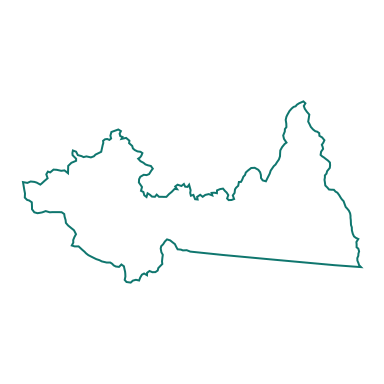 the district of Diorama, Goiás, Brazil
{"feature_id": "56859067B93328586623041", "entity_name": "Diorama", "entity_type": "district", "adm_level": 2, "iso_a3": "BRA", "parent_name": "Brazil", "parent_adm1": "Goiás", "projection": "orthographic", "projection_center": [-51.364, -16.2], "detail": "fine", "context": "isolated", "style": "outline", "palette": "teal", "viewbox_px": 384, "rotation_deg": 0, "n_neighbors": 0, "source": "geoboundaries", "source_scale": "gbopen_adm2", "svg_char_len": 4113}
<svg xmlns="http://www.w3.org/2000/svg" viewBox="0 0 384 384"><path d="M147.0,275.2L147.1,272.8L149.5,271.0L152.4,272.2L155.4,272.1L157.7,270.5L158.3,268.1L160.3,266.0L162.3,264.0L162.0,261.3L162.4,257.7L162.8,254.8L161.4,252.3L160.7,248.6L161.2,246.2L163.1,244.3L164.9,241.5L167.0,239.4L170.2,240.4L172.3,242.1L174.9,244.1L176.3,247.0L177.6,249.3L180.9,249.6L182.9,250.4L186.7,250.2L190.3,251.6L223.2,255.0L278.5,260.1L334.8,265.2L361.0,267.1L359.1,265.2L358.4,263.0L357.4,260.6L357.3,258.1L358.3,255.8L358.4,253.7L359.1,251.4L358.3,248.6L356.6,247.3L356.6,244.3L356.4,242.0L358.3,239.0L355.8,237.8L354.0,236.4L352.8,233.8L351.9,230.4L351.8,227.3L351.0,225.0L350.9,222.8L350.8,220.1L350.5,217.8L350.5,215.7L350.1,213.3L348.9,210.7L347.2,208.6L345.7,207.0L344.8,204.6L343.6,201.2L341.9,199.4L340.7,197.7L339.3,195.3L337.4,192.7L335.5,191.6L333.9,189.8L331.2,189.7L329.0,189.5L327.5,187.7L325.3,185.5L324.9,182.3L324.5,179.8L324.9,177.5L324.9,175.4L326.5,173.6L327.1,171.2L329.8,167.9L330.1,165.2L329.9,162.5L327.9,160.5L325.6,158.8L324.0,157.5L322.1,156.3L320.6,154.9L321.1,151.7L323.1,148.9L322.6,146.7L321.8,144.8L323.3,142.7L324.4,140.2L322.1,137.4L319.4,135.8L319.2,133.1L317.2,131.7L315.3,131.2L313.1,129.5L310.8,126.9L309.6,124.3L308.2,121.6L308.8,118.0L309.3,114.6L306.8,111.7L304.8,108.8L303.8,106.0L305.4,103.3L303.4,101.4L299.1,103.3L296.9,104.7L295.6,106.3L293.6,106.9L291.7,108.5L289.5,111.0L287.4,114.7L286.4,116.8L285.7,119.9L286.3,123.6L286.4,127.1L284.9,129.1L284.8,131.5L283.2,135.5L284.0,138.9L286.5,142.6L284.6,144.0L282.1,147.1L280.3,150.4L280.1,153.4L280.0,156.3L278.9,159.5L277.0,162.2L275.5,164.6L273.8,166.1L270.7,170.6L269.7,173.7L267.6,177.8L265.9,181.3L262.7,180.4L261.0,178.0L260.9,175.0L260.1,172.2L258.3,169.8L254.7,167.8L251.2,168.0L248.0,170.5L245.8,172.5L245.0,175.0L243.4,176.7L242.2,179.7L241.0,181.9L238.9,182.0L238.2,185.8L236.1,187.7L235.0,189.4L234.6,192.9L232.8,195.4L234.1,199.0L231.5,200.0L228.7,200.1L227.1,198.5L228.3,195.1L226.6,192.5L225.0,191.0L223.0,188.6L220.1,189.1L217.0,190.4L216.9,193.2L214.3,192.7L211.6,192.9L212.3,195.4L208.8,194.1L205.3,194.9L202.7,196.8L200.2,194.8L197.1,196.9L197.6,199.5L195.1,199.2L193.4,194.9L190.9,195.7L190.2,192.9L190.6,190.2L189.1,184.7L187.5,186.9L185.2,186.7L183.9,184.0L181.4,186.0L177.6,184.7L175.2,186.5L177.1,189.2L174.6,188.9L171.7,191.9L169.0,194.1L166.4,196.9L164.3,196.9L162.0,196.8L159.0,196.8L156.7,194.6L154.9,196.8L152.0,196.6L150.0,194.8L147.6,193.3L146.5,197.0L144.3,195.3L143.4,192.0L141.0,190.8L142.0,187.0L140.5,184.8L138.9,182.5L139.1,179.2L140.3,176.8L143.7,174.8L146.6,175.1L149.1,174.1L151.3,170.6L152.8,168.7L150.9,166.0L147.9,165.3L145.4,164.4L143.5,162.8L140.5,161.2L138.2,158.7L140.1,157.4L141.4,155.6L142.4,153.1L140.5,151.8L137.5,151.4L134.7,150.0L132.9,148.4L132.2,145.9L129.1,143.2L129.4,140.7L126.1,137.9L121.5,138.9L122.5,137.0L120.3,136.1L119.6,133.7L120.9,131.1L118.3,129.5L111.4,132.0L110.4,135.7L111.1,138.5L109.4,139.9L107.2,139.0L105.0,139.3L103.1,140.8L103.3,143.0L102.7,145.0L101.2,151.8L99.2,152.8L95.5,154.6L93.9,156.3L90.9,157.4L86.4,156.4L83.6,157.1L81.5,156.1L77.8,155.1L76.1,151.7L72.9,150.5L72.4,153.1L72.6,155.2L76.1,158.7L76.1,160.8L71.4,162.8L68.2,165.9L68.0,173.2L64.5,170.4L61.2,170.8L56.7,169.8L53.5,169.6L50.2,172.4L47.9,171.6L46.3,174.3L47.6,178.3L44.5,180.9L41.9,183.3L40.3,184.6L36.7,182.6L34.4,181.9L30.6,181.5L27.4,182.9L23.0,182.1L24.3,189.9L25.0,193.5L24.8,197.6L27.1,199.9L29.2,200.5L31.8,202.3L32.0,206.6L32.0,209.2L34.3,212.3L37.5,213.2L40.0,212.8L42.1,212.4L45.7,211.1L49.8,212.3L52.7,212.1L56.2,212.1L61.6,212.2L64.2,214.0L64.6,216.7L65.6,220.1L65.9,222.9L68.1,225.5L74.0,230.3L76.0,234.2L74.4,237.1L73.2,240.1L73.3,242.6L71.8,245.5L74.6,246.4L78.6,246.4L82.4,249.9L84.5,251.7L86.0,253.3L88.3,255.1L90.8,256.4L96.2,259.1L99.5,260.2L101.8,261.4L106.5,262.5L110.2,262.5L112.2,263.8L113.7,265.4L115.8,266.5L119.0,266.9L121.4,264.5L123.9,266.3L124.5,269.2L125.1,271.7L125.3,273.9L125.4,276.6L124.7,279.9L126.5,282.0L130.7,282.6L132.9,280.6L135.9,279.8L139.1,280.5L140.2,277.6L141.9,274.7L144.1,273.5L147.0,275.2Z" fill="none" stroke="#0f766e" stroke-width="2"/></svg>